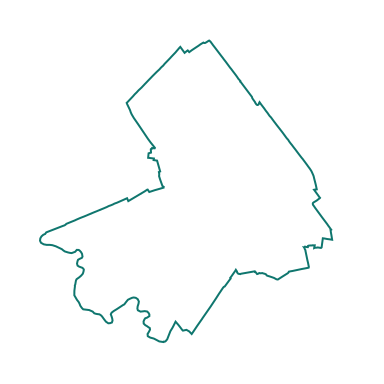 Potlogi, Dâmbovita, Romania, rotated 7°
{"feature_id": "2599482B54531699533489", "entity_name": "Potlogi", "entity_type": "district", "adm_level": 2, "iso_a3": "ROU", "parent_name": "Romania", "parent_adm1": "Dâmbovita", "projection": "mercator", "projection_center": [25.597, 44.573], "detail": "fine", "context": "isolated", "style": "outline", "palette": "teal", "viewbox_px": 384, "rotation_deg": 7, "n_neighbors": 0, "source": "geoboundaries", "source_scale": "gbopen_adm2", "svg_char_len": 5813}
<svg xmlns="http://www.w3.org/2000/svg" viewBox="0 0 384 384"><g transform="rotate(7 192 192)"><path d="M182.1,344.4L182.3,343.9L183.1,343.8L183.5,343.7L183.8,343.5L184.1,343.2L184.6,342.3L184.9,341.9L185.3,341.4L187.5,332.8L189.1,329.3L189.9,327.2L191.5,322.7L194.6,325.5L196.8,327.7L199.0,330.0L199.9,330.7L203.3,329.5L206.2,330.7L209.0,333.0L210.0,331.1L213.6,324.0L217.0,317.6L217.3,317.1L217.8,316.0L224.4,303.5L228.9,294.5L231.1,289.9L234.4,283.4L235.1,282.3L236.0,281.8L239.7,275.2L240.9,273.2L240.4,272.6L241.3,271.1L244.5,265.1L245.0,263.9L245.5,264.5L246.3,265.4L246.6,266.4L247.9,267.5L250.0,267.6L250.5,267.2L263.9,263.1L264.2,263.8L264.8,263.7L265.4,264.3L266.0,264.9L266.6,265.5L267.4,265.2L267.8,264.9L268.2,264.5L269.0,264.2L269.5,264.4L270.5,264.2L271.8,263.9L272.4,264.1L273.2,264.2L274.0,264.3L274.5,264.4L275.6,264.8L276.3,265.7L277.4,266.0L279.7,266.4L282.1,266.9L283.9,267.3L286.3,268.3L287.1,268.4L287.9,268.4L288.6,267.8L292.2,264.8L297.0,260.9L297.6,260.1L297.8,259.3L299.2,258.8L300.4,258.4L300.6,258.4L310.5,255.0L313.7,254.0L317.0,252.9L317.1,252.0L316.9,251.5L316.5,250.3L315.7,247.9L314.8,245.5L311.9,236.9L311.8,236.7L311.7,236.0L311.0,235.1L310.5,234.0L309.9,233.3L310.3,233.3L310.5,233.0L310.7,232.5L311.5,232.5L312.2,232.6L313.0,232.7L313.7,232.6L313.7,231.4L314.1,231.1L316.2,230.6L317.1,230.5L317.8,230.4L318.1,230.2L318.8,230.2L320.3,230.0L320.1,232.1L320.1,232.8L321.0,232.3L322.8,232.0L323.4,231.8L323.5,231.7L326.7,231.8L327.0,231.7L327.4,231.2L327.5,222.0L329.0,222.0L330.6,222.1L332.2,222.2L334.3,222.2L336.9,222.3L335.7,218.1L334.8,215.2L334.1,212.7L334.6,212.7L334.8,212.5L333.1,210.7L332.4,209.9L331.4,208.9L330.2,207.5L324.4,201.5L316.3,192.9L314.9,191.3L313.6,189.9L313.4,189.3L313.3,188.7L313.4,188.2L313.7,187.8L314.1,187.4L315.5,186.3L316.8,185.3L319.7,182.4L319.8,182.2L319.7,182.1L319.3,181.8L319.2,181.7L312.9,174.9L313.8,174.6L314.1,174.5L314.5,174.4L315.2,174.3L315.5,174.2L314.0,169.8L311.5,163.4L310.8,161.5L310.4,160.7L308.6,157.7L307.8,156.5L306.2,154.6L303.9,152.2L303.3,151.5L297.6,145.5L297.0,145.0L294.8,142.8L291.4,139.3L289.2,137.0L287.3,135.1L285.2,132.9L284.1,131.9L282.1,129.8L281.6,129.1L280.8,128.2L279.9,127.5L278.8,126.4L274.4,121.7L273.9,121.2L272.4,119.7L270.0,117.3L268.1,115.4L267.6,114.9L264.4,111.6L262.7,109.8L261.6,108.6L260.6,107.7L260.0,107.3L258.8,106.0L257.5,104.5L255.2,102.2L253.6,100.4L249.8,96.5L248.1,94.6L247.7,95.6L247.6,96.5L247.5,96.8L247.1,97.3L246.7,97.6L246.3,97.7L245.9,97.6L245.5,97.4L244.9,96.9L244.6,96.5L243.8,95.6L243.7,95.2L241.3,92.6L240.4,91.5L239.9,90.3L236.7,87.0L228.6,78.6L226.5,76.4L226.3,76.4L226.3,76.1L226.4,75.9L224.6,74.3L224.2,74.0L223.9,73.6L223.7,73.4L223.4,73.0L222.5,72.0L221.6,71.0L217.8,67.1L215.8,65.0L214.8,64.1L211.4,60.5L209.6,58.6L207.3,56.3L206.3,55.2L204.9,53.8L201.0,49.8L197.0,45.7L195.3,44.0L194.7,43.4L194.2,42.8L193.6,42.2L192.4,40.9L192.0,40.5L191.6,40.3L191.3,40.0L190.7,39.6L190.4,39.7L190.2,39.8L188.3,41.4L187.0,42.4L186.6,42.5L186.2,42.6L185.7,42.6L185.4,42.4L185.1,42.3L182.4,44.4L180.7,46.0L178.0,48.3L174.5,51.3L174.4,51.4L172.2,53.5L170.5,52.0L169.9,52.5L167.7,54.8L162.7,49.4L161.8,50.6L160.9,52.0L159.3,54.4L158.6,55.5L157.4,57.1L154.8,60.6L154.2,61.5L151.8,64.7L149.3,68.0L148.7,68.9L148.5,69.3L148.3,69.6L147.9,70.1L147.6,70.6L147.2,70.9L146.5,71.8L145.9,72.5L145.4,73.3L144.7,74.3L143.1,76.2L142.1,77.4L138.5,82.0L137.4,83.5L135.2,86.4L132.6,89.9L131.8,90.9L131.7,91.1L129.4,94.2L129.3,94.4L129.1,94.6L127.6,96.4L126.8,97.3L125.7,98.8L125.3,99.4L124.7,100.2L123.4,101.8L122.7,102.8L121.7,104.3L120.0,106.6L117.5,110.0L117.3,110.3L116.7,111.0L116.3,111.5L117.0,112.8L120.4,118.1L121.0,119.3L121.4,120.2L122.6,122.2L125.2,125.6L130.8,131.9L135.3,137.1L141.8,144.6L144.8,147.8L148.0,150.9L149.8,152.7L149.6,153.2L149.2,153.2L148.0,153.2L148.1,153.3L146.0,154.4L145.9,154.6L146.5,157.9L144.2,158.9L144.3,163.4L147.2,163.4L150.1,163.4L150.0,165.0L153.5,165.1L157.9,175.5L156.7,176.2L157.3,178.1L157.4,180.3L158.8,183.4L161.9,189.6L164.0,190.8L163.9,190.8L163.6,191.0L159.2,192.9L154.7,194.8L149.6,197.2L147.7,195.0L147.3,195.1L144.9,197.2L129.9,208.8L128.3,206.1L126.8,207.0L125.5,207.8L118.8,211.8L116.4,213.0L115.0,214.0L112.7,215.3L111.4,215.9L110.0,216.8L109.0,217.5L108.6,217.7L108.2,217.9L107.4,218.4L96.0,224.8L88.0,229.4L86.1,230.4L83.9,231.6L80.5,233.6L79.3,234.4L74.6,237.0L71.4,238.8L71.2,238.9L70.9,239.3L70.6,239.7L70.3,240.0L69.6,240.6L67.6,241.6L56.6,247.5L52.5,249.7L52.2,249.9L51.4,251.5L49.6,252.6L48.0,254.4L47.1,256.5L47.1,258.9L48.3,260.8L51.2,262.0L54.3,262.2L57.4,261.8L59.9,261.8L63.5,262.5L67.7,263.9L69.8,264.6L71.3,265.6L73.0,266.5L76.3,267.1L78.4,267.3L80.0,267.3L83.3,265.6L84.7,263.5L86.6,263.3L87.7,263.9L89.2,265.2L90.4,266.8L91.2,269.5L90.7,270.8L89.2,271.7L87.2,273.1L86.8,274.6L86.6,277.1L87.4,279.0L89.0,279.8L92.4,280.6L93.5,281.4L94.1,282.2L94.0,284.3L93.6,286.4L92.2,288.5L90.5,290.4L88.1,292.6L87.6,294.0L87.4,298.1L87.1,299.0L87.3,299.8L87.3,304.4L87.8,308.9L91.0,313.1L92.9,315.0L94.0,316.6L95.0,318.5L96.8,320.5L98.3,321.7L100.5,321.7L104.3,321.7L108.0,322.8L109.8,324.3L111.4,324.6L112.9,324.7L115.1,324.7L117.0,325.7L118.2,326.8L120.3,329.1L122.4,331.2L124.9,332.5L126.6,332.2L128.4,331.3L128.8,329.3L128.3,327.5L127.4,325.4L126.3,323.3L126.9,321.6L128.8,319.7L131.7,317.4L134.4,315.1L137.2,312.7L138.5,311.8L140.0,309.2L141.5,306.8L143.6,305.4L145.5,304.3L147.0,303.8L149.1,303.9L151.2,305.0L152.6,307.2L152.5,309.5L152.0,312.1L152.0,314.4L152.7,316.0L155.5,317.0L158.0,316.4L159.5,316.0L162.1,316.1L163.6,317.3L164.6,318.7L164.8,320.4L162.7,322.2L161.0,323.0L160.3,324.3L159.7,326.3L160.1,328.5L161.9,329.9L163.6,330.6L165.4,331.6L166.7,332.2L167.1,333.7L166.4,335.7L165.2,338.4L165.7,340.5L168.3,341.6L171.9,342.1L174.6,343.1L177.7,344.3L181.6,344.4L182.1,344.4Z" fill="none" stroke="#0f766e" stroke-width="2"/></g></svg>